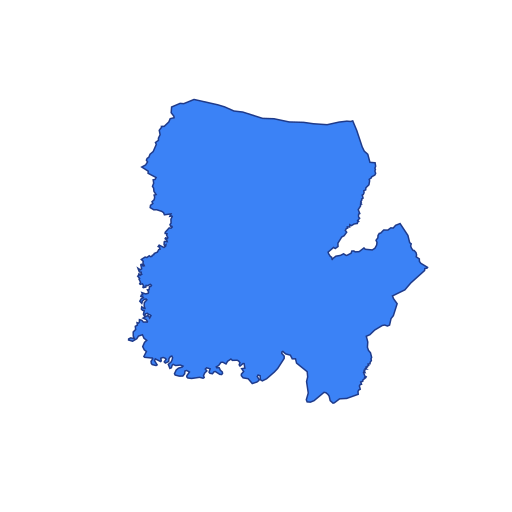 outline of Khok Pho Chai, Khon Kaen, Thailand, rotated 59°
{"feature_id": "78962969B36064569577825", "entity_name": "Khok Pho Chai", "entity_type": "district", "adm_level": 2, "iso_a3": "THA", "parent_name": "Thailand", "parent_adm1": "Khon Kaen", "projection": "mercator", "projection_center": [102.392, 16.069], "detail": "fine", "context": "isolated", "style": "filled", "palette": "blue", "viewbox_px": 512, "rotation_deg": 59, "n_neighbors": 0, "source": "geoboundaries", "source_scale": "gbopen_adm2", "svg_char_len": 6157}
<svg xmlns="http://www.w3.org/2000/svg" viewBox="0 0 512 512"><g transform="rotate(59 256 256)"><path d="M427.2,239.6L424.7,238.4L423.8,237.1L423.9,235.3L420.6,234.3L419.9,232.9L420.3,231.6L417.9,231.1L418.4,229.1L417.3,228.2L416.8,224.7L416.1,225.2L415.9,224.0L415.3,224.6L412.3,224.0L411.6,223.2L411.2,223.7L410.7,223.0L411.6,222.5L409.8,222.2L410.1,221.7L409.1,220.5L409.6,219.7L408.8,220.1L408.7,219.1L407.9,218.8L408.5,217.7L407.8,217.3L407.9,215.8L406.4,215.6L407.1,213.8L405.8,212.8L405.1,211.0L403.3,210.3L402.5,209.1L397.9,207.7L394.8,208.2L391.6,207.5L387.3,204.5L381.6,202.8L382.1,198.9L380.6,192.4L380.6,183.5L381.5,181.2L383.7,179.4L384.0,177.1L379.2,172.5L377.9,169.0L369.6,159.6L363.5,160.1L360.5,159.6L361.7,145.8L358.8,137.1L355.3,119.0L353.7,117.8L354.5,115.7L354.1,114.8L347.1,118.5L344.8,118.7L342.6,117.5L339.2,119.1L337.8,117.8L335.5,117.1L332.7,117.6L332.1,118.5L329.3,118.7L327.1,118.3L325.5,116.7L323.7,117.4L316.6,115.2L302.4,115.8L301.6,120.5L302.7,124.0L301.3,126.0L301.7,129.6L299.5,133.2L300.6,137.4L300.1,138.7L301.2,140.8L303.2,142.2L304.3,145.0L306.7,145.3L308.8,147.0L310.6,150.1L310.7,153.2L306.5,158.9L304.7,159.3L305.4,165.4L303.5,168.9L302.1,169.5L301.1,171.3L302.6,173.1L302.3,177.5L302.0,178.4L299.2,179.8L299.0,183.2L297.3,187.6L297.8,191.8L298.7,192.7L296.0,191.8L294.6,192.5L291.5,192.6L289.8,192.2L288.6,185.1L290.4,184.2L290.1,180.8L287.2,179.2L283.9,172.8L284.0,170.0L282.3,166.0L280.1,166.3L279.0,164.4L279.3,163.1L278.1,162.7L279.4,160.7L277.5,159.5L279.1,158.6L279.1,155.3L280.3,152.4L279.4,151.7L279.2,150.2L278.0,150.7L277.0,147.7L275.5,148.0L274.1,147.3L273.0,146.5L273.1,145.2L268.9,144.5L267.0,140.7L265.5,139.7L265.8,138.9L264.5,139.0L264.2,138.1L263.3,138.1L262.5,136.4L261.6,136.1L261.5,134.4L258.5,133.6L258.5,132.3L257.4,130.8L255.6,130.0L255.8,127.9L254.1,126.7L253.1,122.5L250.1,119.9L248.6,119.5L248.4,116.9L247.7,116.2L247.8,112.4L246.8,110.9L244.3,110.3L243.4,109.1L241.9,108.8L240.7,107.2L237.4,105.9L234.4,110.1L226.4,107.8L221.9,109.2L217.2,108.8L200.3,105.0L190.0,103.5L189.5,105.5L187.2,108.7L184.0,115.8L180.1,127.4L172.2,138.7L166.0,146.3L158.2,158.5L147.6,169.9L141.4,179.5L125.8,193.2L120.3,200.3L112.0,206.1L106.7,210.9L89.9,228.5L88.2,239.5L86.1,242.4L84.8,251.6L89.5,254.9L93.9,254.4L95.3,255.0L94.1,258.8L96.2,261.7L97.6,267.9L96.2,270.3L97.0,270.6L98.4,274.2L102.6,275.7L104.7,278.9L106.6,280.1L106.9,283.7L109.0,284.0L113.5,290.3L114.2,294.4L116.1,296.9L116.3,299.1L117.4,300.6L119.5,300.5L121.1,303.7L120.9,308.1L127.8,304.7L129.5,305.9L137.3,301.2L138.4,303.1L137.7,304.9L140.9,306.2L143.0,308.9L145.0,308.8L148.1,310.2L151.9,310.0L151.3,312.0L153.3,312.5L155.3,314.3L155.9,317.2L157.9,317.4L158.2,320.3L160.0,321.8L163.8,319.8L165.1,317.4L169.2,313.8L171.2,312.9L173.5,313.3L176.1,307.2L177.6,309.4L178.3,307.6L179.0,307.5L180.7,310.0L184.1,311.9L184.7,313.5L186.4,313.9L187.0,312.9L188.0,312.9L188.4,314.4L187.2,316.0L188.9,321.6L189.9,322.3L191.1,320.8L192.1,321.9L194.8,322.1L195.4,322.8L193.9,324.1L194.4,325.0L196.4,324.3L198.0,324.7L196.5,326.6L196.6,327.4L199.0,329.0L200.1,328.9L200.0,327.5L201.0,328.4L201.3,330.5L196.8,333.4L197.5,335.0L198.7,334.2L200.7,334.7L200.4,336.1L201.9,338.5L201.4,342.0L202.2,342.8L202.0,344.6L202.7,345.5L202.2,346.8L200.8,347.4L201.1,350.3L199.8,351.6L199.9,356.1L202.5,355.4L203.9,356.6L206.8,356.8L206.4,358.0L204.8,357.9L204.0,358.6L204.2,359.3L208.1,360.6L208.2,362.3L205.7,363.5L209.6,364.2L210.8,362.7L211.8,363.5L212.8,363.3L212.9,365.2L211.5,365.1L211.0,365.8L212.1,366.6L212.4,367.8L215.3,367.3L215.6,368.2L219.1,368.5L219.9,370.0L220.7,369.8L221.3,367.7L223.9,367.7L224.4,369.0L225.1,368.9L225.9,366.4L224.6,365.4L225.6,364.1L225.8,361.2L227.3,360.7L227.9,361.9L227.4,363.1L229.8,365.0L229.1,366.5L231.6,366.6L232.4,367.7L231.7,370.1L228.6,372.7L230.9,373.1L230.4,374.4L231.3,375.5L232.6,374.1L233.8,374.0L233.4,376.2L234.9,378.9L237.8,378.3L236.1,376.5L235.7,374.2L236.2,372.4L237.4,372.1L238.5,375.8L241.2,377.6L243.8,378.2L243.4,378.9L240.7,380.1L242.5,381.6L244.1,381.2L245.4,380.0L247.9,382.5L249.8,382.6L250.1,382.2L248.6,380.6L249.1,378.7L249.8,378.3L250.7,378.7L251.5,377.3L253.0,376.7L254.4,379.1L252.6,379.0L251.2,380.1L251.1,384.8L254.0,382.9L256.1,382.7L256.6,383.2L254.6,386.6L252.3,387.0L250.5,388.7L252.7,390.1L253.0,391.4L251.9,392.3L254.2,393.3L254.1,395.7L257.0,397.0L257.9,400.4L261.3,402.4L264.0,402.9L261.6,405.7L261.5,407.9L262.4,408.5L265.5,405.7L265.5,400.8L264.1,398.0L265.0,393.9L268.9,394.4L272.0,393.1L272.6,396.0L275.3,399.8L278.9,400.1L281.4,399.1L284.4,403.9L285.5,403.6L290.2,397.3L291.0,397.5L292.2,400.2L294.2,401.1L295.6,400.9L298.4,398.1L298.4,396.8L293.5,396.9L292.3,395.3L297.4,392.1L297.1,391.2L294.6,390.3L295.1,387.9L296.7,386.6L298.2,386.2L299.5,389.2L301.1,388.8L301.5,385.2L299.1,383.4L298.1,381.1L298.4,379.7L300.3,379.9L302.1,381.8L303.2,383.6L303.7,387.0L308.0,387.7L308.2,386.1L306.4,384.1L306.2,382.8L308.5,381.3L310.5,377.0L312.8,375.3L313.2,376.4L312.2,380.2L312.6,383.1L314.9,386.5L316.4,386.6L319.4,383.7L321.2,380.6L320.2,377.8L318.0,376.2L318.4,374.4L321.2,372.8L322.9,376.8L323.9,377.6L325.4,377.3L327.8,374.3L330.9,366.9L333.5,364.3L333.5,363.0L331.5,362.6L329.9,360.3L329.2,357.3L326.8,357.7L326.4,355.9L329.1,353.4L331.4,356.1L332.8,355.9L334.5,354.0L333.6,351.5L334.0,350.4L338.8,348.0L339.9,346.5L339.5,345.2L338.1,344.6L335.5,345.4L332.8,345.1L331.5,347.3L330.5,347.1L330.7,344.6L329.1,340.8L330.0,339.1L333.1,337.3L331.6,334.6L331.4,330.6L333.3,330.0L335.6,325.9L336.9,325.0L339.2,324.7L340.6,326.5L342.1,326.4L341.5,322.5L342.1,321.6L346.4,323.3L345.2,326.3L348.7,326.1L349.7,329.4L351.0,330.2L353.8,329.8L357.2,325.9L363.4,324.9L364.5,320.1L364.2,317.7L363.4,317.0L359.9,317.0L359.1,315.5L360.8,314.1L364.3,316.0L366.3,314.9L366.7,310.2L364.9,300.0L363.6,295.4L358.3,284.6L356.3,283.4L352.7,284.1L351.6,283.2L351.6,282.1L355.2,281.0L358.7,277.6L362.8,277.9L364.5,275.1L368.7,276.4L381.5,271.7L386.3,274.0L389.6,277.3L400.4,281.8L405.1,286.9L407.4,287.3L409.3,284.6L409.9,280.7L407.9,267.9L409.3,266.4L411.8,265.6L413.9,265.5L418.2,266.9L421.8,265.8L422.2,264.5L421.5,257.9L424.8,251.6L427.2,239.6Z" fill="#3b82f6" stroke="#1e3a8a" stroke-width="1.5"/></g></svg>